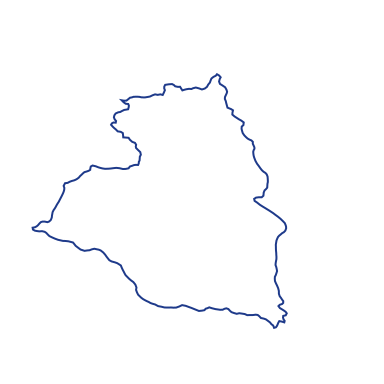 the district of Taiobeiras, Minas Gerais, Brazil, rotated 112°
{"feature_id": "56859067B11506596439375", "entity_name": "Taiobeiras", "entity_type": "district", "adm_level": 2, "iso_a3": "BRA", "parent_name": "Brazil", "parent_adm1": "Minas Gerais", "projection": "equal_earth", "projection_center": [-42.062, -15.819], "detail": "fine", "context": "isolated", "style": "outline", "palette": "blue", "viewbox_px": 384, "rotation_deg": 112, "n_neighbors": 0, "source": "geoboundaries", "source_scale": "gbopen_adm2", "svg_char_len": 5043}
<svg xmlns="http://www.w3.org/2000/svg" viewBox="0 0 384 384"><g transform="rotate(112 192 192)"><path d="M287.2,65.0L286.0,63.5L284.5,63.1L283.0,63.0L280.9,63.0L279.0,62.7L278.5,60.1L278.3,57.6L276.8,57.8L275.8,59.4L274.3,60.6L272.7,61.0L271.2,58.9L269.0,58.7L268.0,60.3L267.5,62.3L267.1,64.5L266.7,67.0L265.4,69.1L263.7,68.4L262.1,66.5L260.7,65.9L259.0,66.5L258.0,68.2L256.8,69.9L255.8,71.6L253.8,73.3L251.2,74.4L248.9,76.1L246.8,78.2L245.3,79.9L243.5,81.7L241.3,82.8L239.5,83.4L237.9,83.2L235.9,83.3L233.5,83.5L231.7,84.6L230.1,85.7L228.4,87.2L226.5,87.8L224.7,88.2L222.6,88.6L220.5,89.4L218.7,90.3L216.9,91.1L214.8,92.2L212.8,93.1L211.1,93.8L209.6,94.5L207.5,95.0L205.3,95.5L203.4,95.5L201.5,95.4L199.8,94.8L198.2,93.9L196.4,93.0L194.9,91.8L192.9,91.0L190.4,91.1L188.7,91.9L187.4,93.0L186.1,94.3L185.0,96.7L183.7,99.9L182.7,103.1L181.9,106.3L181.2,108.8L180.7,111.3L180.3,113.3L179.9,115.7L179.5,118.0L179.0,121.1L178.4,124.3L177.4,127.7L176.8,130.6L175.1,131.8L173.2,130.5L171.8,128.0L170.8,125.4L168.7,124.4L167.3,124.8L165.7,125.3L163.3,125.3L161.7,124.5L159.8,123.9L158.0,124.5L156.2,125.1L154.4,125.4L152.9,126.0L151.0,126.9L149.4,127.7L147.7,129.3L146.8,131.1L146.4,133.3L145.6,135.4L144.4,137.5L142.9,139.8L141.4,142.3L139.3,144.9L137.9,146.2L136.7,147.3L135.3,148.4L133.8,149.3L131.8,150.3L130.1,150.5L128.5,150.3L127.2,150.9L126.0,152.1L124.5,153.7L122.7,154.4L121.9,156.3L121.9,158.3L121.6,160.5L120.8,162.7L119.9,164.7L118.4,167.0L116.8,168.3L114.9,169.7L112.7,170.4L110.7,169.4L108.1,170.1L107.3,173.2L107.0,175.8L106.6,177.8L106.0,180.9L105.1,183.6L103.3,184.2L100.9,184.6L100.5,186.8L100.5,190.7L96.7,193.6L95.1,194.7L93.4,196.4L91.6,197.0L89.4,196.9L87.5,196.8L85.9,197.0L84.2,198.4L82.5,200.5L81.8,203.7L81.3,206.6L79.4,208.3L77.0,208.6L74.9,208.4L73.8,210.6L73.5,213.0L75.3,213.5L77.2,215.2L79.5,216.5L82.0,216.5L83.8,216.4L86.3,217.2L88.9,217.5L91.3,218.9L93.2,221.2L93.3,224.3L93.7,227.6L95.4,229.9L96.7,231.1L97.5,233.5L98.9,235.8L100.0,237.3L101.4,239.0L100.3,240.6L98.9,242.5L99.8,244.4L100.3,247.2L99.6,248.9L99.4,250.9L100.8,253.8L102.7,257.0L104.6,257.2L106.3,256.6L107.7,255.3L110.0,255.3L113.0,255.5L113.3,257.9L114.8,260.2L115.3,262.8L117.1,264.8L119.2,266.7L120.3,268.4L122.0,271.2L123.1,274.2L123.6,276.9L124.7,279.7L125.6,281.8L126.8,283.2L127.8,284.8L129.7,285.8L131.8,287.0L132.8,289.2L133.3,291.5L134.4,289.0L135.0,286.5L134.3,284.1L135.5,282.9L136.9,282.5L139.2,282.2L140.4,284.1L141.3,285.6L143.4,287.5L144.7,288.5L145.7,290.2L147.8,292.2L149.9,292.7L152.0,292.4L153.6,290.9L154.6,289.0L156.3,288.7L157.0,290.9L158.4,292.0L160.0,292.2L161.1,290.0L161.9,288.0L162.5,286.1L163.6,283.6L162.9,280.6L163.3,278.2L165.3,277.1L167.1,276.2L166.2,273.4L165.5,271.1L166.8,269.2L167.9,266.2L167.8,263.3L169.1,261.5L170.8,261.2L172.1,260.4L173.2,257.9L174.4,254.9L176.6,253.4L178.8,253.6L180.6,253.0L182.5,252.4L183.9,252.6L185.4,252.1L187.1,252.1L187.9,254.3L188.8,255.9L190.1,257.3L191.6,259.1L193.8,259.7L195.5,262.2L196.6,264.8L197.1,268.2L198.0,271.3L199.4,273.9L200.7,276.2L201.9,278.6L203.1,281.4L203.7,283.9L204.0,286.1L204.2,288.0L204.2,290.8L204.7,294.1L206.3,295.4L208.2,295.1L209.6,294.7L211.1,295.8L212.5,297.4L213.9,299.2L215.6,300.1L217.2,300.8L219.3,301.8L221.0,302.3L222.7,303.3L224.1,304.4L225.4,305.7L226.9,307.7L228.5,309.4L230.1,310.7L231.4,313.0L234.4,313.3L236.0,311.9L237.9,311.3L239.7,311.1L241.7,311.1L244.6,311.3L248.9,311.7L251.1,311.9L253.0,312.3L255.0,312.6L257.0,312.8L258.9,313.1L260.4,313.5L262.9,313.7L264.7,313.3L266.3,313.0L267.9,312.5L269.4,312.4L271.1,312.5L273.0,313.5L274.1,314.7L274.6,317.4L275.5,319.6L276.6,320.9L278.5,321.7L280.6,322.4L282.1,323.2L283.6,324.5L284.8,326.4L286.4,325.4L286.7,323.2L286.3,321.2L285.7,318.8L284.5,316.4L284.1,313.7L284.5,311.8L285.4,309.9L286.3,307.7L286.5,304.7L286.6,301.7L286.5,298.3L286.1,295.9L285.7,293.4L284.8,290.9L284.0,288.1L283.7,285.7L283.4,283.4L284.5,281.4L285.5,279.7L286.3,276.8L287.1,273.8L286.8,269.6L285.4,267.2L284.4,265.2L282.7,263.4L281.2,261.3L280.8,258.9L280.4,256.8L280.4,254.8L281.3,251.7L282.6,249.1L284.1,246.8L285.3,244.7L286.2,243.1L286.5,240.6L286.1,237.1L286.0,234.6L286.4,232.4L286.8,230.4L288.3,229.0L289.9,227.3L291.5,225.4L292.9,223.8L294.0,222.4L295.0,220.1L296.0,217.8L296.8,215.4L297.5,212.6L299.1,209.8L301.4,207.7L303.7,207.2L305.6,205.5L307.4,203.5L308.3,201.3L309.0,199.6L309.6,197.4L309.9,195.3L310.1,193.2L310.2,190.8L310.5,188.9L310.4,186.8L310.1,184.0L310.5,180.7L309.8,177.3L309.4,174.4L308.7,172.4L308.0,170.7L306.9,168.1L306.2,165.9L305.1,163.4L303.0,161.0L300.6,158.8L299.9,155.2L299.8,151.5L299.7,149.2L299.7,146.4L299.7,143.9L299.7,141.0L298.2,138.2L296.9,136.2L295.1,135.6L293.9,134.1L292.5,132.8L292.3,130.0L291.8,126.4L291.2,124.0L290.7,121.9L289.7,119.5L288.2,118.2L287.0,116.6L286.9,114.4L287.8,112.6L288.6,110.4L288.5,107.9L288.2,104.9L286.7,102.8L286.1,100.4L285.4,97.4L285.5,94.7L284.4,92.2L283.2,89.3L281.9,87.0L281.4,85.0L282.0,83.0L283.0,81.0L282.5,78.0L282.4,75.8L283.0,73.4L283.7,70.8L284.8,68.9L285.4,66.7L287.2,65.0Z" fill="none" stroke="#1e3a8a" stroke-width="2"/></g></svg>